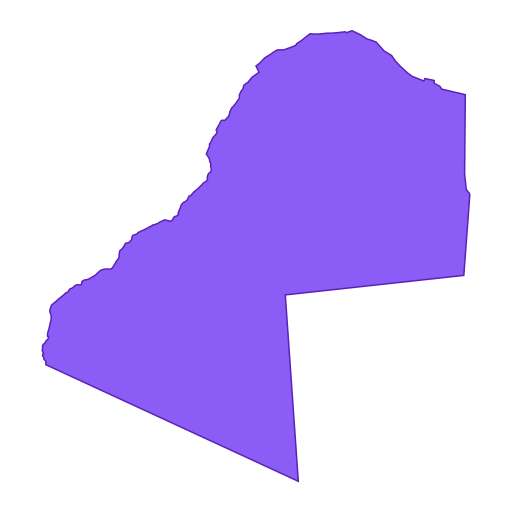 the district of Rivadavia, Mendoza, Argentina
{"feature_id": "61730980B42888218741442", "entity_name": "Rivadavia", "entity_type": "district", "adm_level": 2, "iso_a3": "ARG", "parent_name": "Argentina", "parent_adm1": "Mendoza", "projection": "equal_earth", "projection_center": [-68.761, -33.437], "detail": "fine", "context": "isolated", "style": "filled", "palette": "violet", "viewbox_px": 512, "rotation_deg": 0, "n_neighbors": 0, "source": "geoboundaries", "source_scale": "gbopen_adm2", "svg_char_len": 2826}
<svg xmlns="http://www.w3.org/2000/svg" viewBox="0 0 512 512"><path d="M465.3,94.7L441.7,89.1L439.8,86.2L434.2,83.4L434.2,80.5L425.0,78.5L423.9,81.0L412.1,76.3L407.9,73.2L400.2,66.2L395.3,60.9L391.6,55.5L384.2,51.0L376.0,42.0L371.5,40.3L366.8,38.9L364.6,37.4L360.7,34.9L352.0,30.7L346.8,32.6L345.0,31.8L337.2,32.7L332.0,33.1L326.9,33.2L319.1,34.0L313.6,34.1L310.2,33.7L305.8,37.0L301.8,40.3L296.6,43.7L295.9,45.3L289.6,47.8L283.7,49.9L277.4,49.9L274.4,51.6L269.6,54.9L264.8,57.8L259.7,63.2L256.0,66.0L259.0,72.3L252.0,77.2L247.8,82.5L246.6,83.1L243.8,85.3L242.8,89.2L241.0,91.3L239.3,95.1L239.4,97.8L238.6,99.3L235.0,104.3L233.0,106.7L231.7,107.8L230.6,110.3L229.7,112.1L229.5,114.0L228.4,116.5L226.1,119.0L225.0,120.3L221.7,120.3L220.6,121.5L219.5,124.0L217.3,127.7L216.1,130.2L217.3,131.5L216.2,134.0L215.0,135.2L213.9,136.5L212.8,137.7L211.7,140.2L210.6,142.7L209.5,143.9L209.5,146.4L206.3,154.0L208.6,157.5L209.4,159.2L209.8,161.7L210.8,163.9L210.6,166.4L211.2,168.7L211.2,170.9L210.2,172.3L208.7,173.4L208.0,174.7L207.3,176.5L207.4,179.5L206.4,181.3L204.4,182.2L202.8,183.6L201.6,185.1L200.3,186.2L198.5,188.2L196.9,189.6L195.6,190.5L194.0,191.9L192.4,193.6L190.9,195.4L189.1,196.1L188.3,197.6L188.0,198.2L187.3,199.8L185.6,201.4L183.5,202.4L182.5,203.3L181.1,205.2L180.2,208.1L179.1,210.4L178.4,212.4L177.9,215.3L176.2,216.2L174.9,216.5L173.6,217.5L172.9,219.2L171.5,221.2L169.1,220.9L167.5,220.5L165.0,219.9L163.6,220.3L161.1,221.5L159.4,222.3L157.9,223.4L155.4,224.3L154.2,224.8L152.6,225.0L151.3,226.2L149.9,226.6L147.5,228.0L146.1,228.7L144.5,229.6L142.9,230.3L141.1,231.1L139.3,232.0L137.9,232.7L136.9,234.0L134.4,234.9L132.8,235.4L132.1,236.7L131.6,239.6L130.4,241.0L129.0,242.4L127.3,243.0L125.9,243.1L124.9,244.1L124.4,245.7L122.6,248.2L121.4,249.4L119.8,250.8L119.2,254.0L119.1,256.8L118.5,258.4L116.4,261.2L115.5,262.9L114.6,264.4L113.4,266.4L112.2,268.0L111.1,269.0L108.8,269.1L107.0,269.0L104.9,269.1L103.3,269.4L101.0,270.1L98.9,271.8L97.7,272.9L95.7,274.9L94.5,275.7L92.3,277.0L90.7,277.9L88.8,279.0L87.0,279.6L85.7,279.8L84.1,280.1L82.1,281.3L81.3,284.5L79.6,285.1L77.9,284.6L75.7,285.2L74.4,286.1L73.4,287.2L71.7,288.3L70.1,288.8L68.9,290.2L67.9,292.0L66.2,292.7L64.6,293.9L63.3,295.3L61.7,296.5L60.2,297.8L58.6,299.0L55.9,301.5L54.5,302.6L53.1,303.8L51.5,305.2L50.8,307.2L50.1,309.0L49.8,310.8L50.0,312.5L50.8,314.2L51.2,316.2L51.1,319.3L50.5,322.2L50.0,323.8L49.5,326.5L48.8,329.4L48.1,331.4L47.6,333.5L47.5,336.3L48.6,336.9L48.3,338.4L47.6,339.7L46.4,340.4L45.7,341.6L44.7,343.2L43.3,344.4L42.5,345.7L42.7,347.6L42.3,349.6L42.4,351.5L43.6,353.2L42.7,354.3L42.7,356.1L43.8,357.3L43.9,359.3L45.0,360.3L45.9,361.7L45.8,364.7L298.3,481.3L285.3,294.9L463.8,275.4L469.7,196.4L469.7,194.2L469.1,192.8L467.6,191.4L466.2,189.0L464.6,173.9L465.3,94.7Z" fill="#8b5cf6" stroke="#5b21b6" stroke-width="1.5"/></svg>